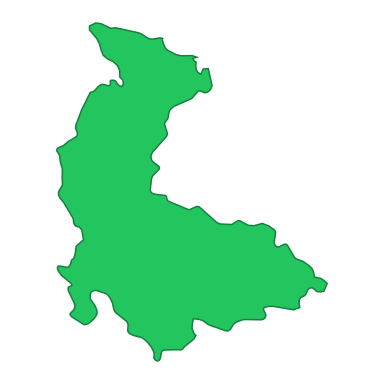 SVG path tracing the border of Olomoucký
{"feature_id": "CZE-10372", "entity_name": "Olomoucký", "entity_type": "Region", "adm_level": 1, "iso_a3": "CZE", "parent_name": "Czechia", "parent_adm1": "", "projection": "robinson", "projection_center": [17.195, 49.847], "detail": "fine", "context": "isolated", "style": "filled", "palette": "green", "viewbox_px": 384, "rotation_deg": 0, "n_neighbors": 0, "source": "natural_earth", "source_scale": "10m", "svg_char_len": 4088}
<svg xmlns="http://www.w3.org/2000/svg" viewBox="0 0 384 384"><path d="M107.3,26.6L110.7,28.3L115.9,27.8L139.3,33.0L141.8,34.2L147.1,37.8L150.0,39.0L153.1,39.0L160.1,37.9L162.7,38.5L162.2,39.3L163.0,42.4L164.4,46.1L165.8,48.6L168.0,50.5L176.0,54.6L181.4,55.8L192.1,55.6L196.8,57.2L192.6,58.5L193.3,59.6L194.1,60.6L195.0,61.4L196.1,62.1L195.8,65.8L196.2,69.4L197.8,72.4L200.8,74.2L203.3,69.0L208.3,68.7L212.0,85.5L211.7,86.8L211.1,88.3L210.1,89.8L208.9,91.1L207.4,92.1L205.8,92.7L204.2,92.7L201.0,91.1L199.7,90.9L198.4,91.3L197.2,92.2L192.0,98.3L173.5,106.6L170.5,109.4L169.4,111.1L168.7,113.1L168.2,117.5L167.6,119.0L165.3,122.0L164.8,123.0L164.6,124.3L167.2,132.7L167.3,134.1L167.0,135.4L166.3,136.6L152.7,152.0L151.8,153.5L151.2,155.1L151.0,156.7L151.1,158.3L151.6,159.9L152.5,161.4L158.9,166.5L159.4,167.3L159.5,168.2L159.1,169.2L152.5,176.2L151.9,177.7L151.4,179.3L150.3,189.9L150.5,191.1L151.1,192.3L152.1,193.2L155.1,194.3L165.0,195.4L166.0,195.9L166.5,196.7L167.1,199.6L167.6,200.6L168.6,201.3L188.1,209.5L189.7,209.6L196.1,206.7L197.7,206.4L199.4,207.0L216.9,222.6L220.3,224.0L231.9,224.5L237.2,221.1L238.4,220.6L239.8,220.7L248.1,225.3L254.0,225.7L262.3,223.4L268.9,226.0L274.2,229.8L275.2,231.1L275.6,232.4L274.3,242.0L274.5,243.9L275.2,245.4L276.5,246.5L278.0,246.9L279.5,246.7L283.7,244.5L285.0,244.1L286.3,244.3L287.6,245.5L294.6,257.6L296.2,258.9L303.4,261.6L309.5,266.0L312.0,268.6L312.8,270.1L313.9,273.4L314.3,277.0L320.8,278.4L323.8,280.3L327.2,283.6L323.8,291.2L320.5,291.9L317.6,291.7L316.3,291.1L314.2,289.0L313.0,288.3L311.8,287.9L310.6,287.9L309.4,288.3L308.3,289.2L307.4,290.5L305.9,294.0L305.1,295.1L304.2,295.9L301.3,297.2L300.5,297.8L299.8,298.8L299.3,300.1L299.1,301.6L299.2,304.4L299.8,307.5L293.6,309.8L273.5,306.4L270.0,306.3L267.4,306.6L264.7,307.5L263.8,308.1L263.4,309.0L263.7,310.1L265.2,313.1L265.8,314.9L265.8,316.2L265.3,317.4L264.6,318.3L263.6,319.1L262.2,319.6L260.6,319.8L244.3,319.5L242.5,319.9L238.5,321.2L235.6,322.6L234.4,323.4L233.4,324.4L232.3,326.1L231.3,328.0L230.1,329.6L228.7,330.6L227.4,331.0L225.0,330.6L215.2,327.0L213.1,326.6L208.3,324.5L202.6,320.5L199.1,319.4L197.7,319.2L193.4,318.8L192.4,323.4L192.1,328.4L193.9,333.4L195.9,335.4L193.9,338.9L193.1,339.7L185.3,346.0L184.0,347.3L182.9,348.7L182.2,349.4L181.1,349.8L180.4,349.9L179.5,349.7L164.5,350.0L162.9,350.4L161.9,351.4L161.3,352.9L160.3,358.3L159.7,359.7L158.7,360.6L157.6,361.0L156.6,360.8L155.7,360.3L154.9,359.6L153.9,358.1L153.7,357.6L153.9,357.1L154.1,355.8L154.2,354.1L153.8,352.0L151.1,346.7L146.8,341.4L142.1,337.7L133.6,335.5L129.7,333.7L128.4,332.3L127.7,330.7L128.1,325.1L127.8,323.6L127.2,322.3L126.5,321.3L115.8,312.7L114.7,311.2L113.9,309.7L112.4,302.9L110.4,298.5L107.6,294.8L105.9,293.6L97.0,290.6L94.8,290.5L92.8,290.9L91.3,291.9L90.5,293.6L90.1,297.1L90.2,298.4L90.6,299.4L94.7,305.1L96.3,308.6L96.9,310.4L97.1,312.3L96.9,314.1L96.2,315.7L93.6,319.2L89.9,322.5L87.8,323.8L85.8,324.5L83.9,324.6L71.4,316.6L70.3,315.1L70.1,313.7L71.1,312.4L72.6,311.2L73.7,309.8L74.4,308.4L74.8,306.9L74.8,305.4L74.5,303.7L68.8,291.7L68.2,289.8L68.1,288.1L68.6,286.9L71.2,285.9L71.8,285.3L71.8,284.5L71.3,283.5L61.5,275.5L58.4,271.2L57.6,269.1L57.4,267.5L58.0,266.3L59.6,265.9L66.9,267.3L68.3,267.0L69.5,265.9L70.6,263.7L71.5,260.2L73.8,258.2L75.2,253.8L75.9,248.0L76.4,245.9L83.5,239.9L81.8,230.0L79.5,227.2L75.8,226.1L74.7,225.0L73.8,223.4L73.2,218.5L63.8,202.7L60.2,198.2L58.9,196.1L58.4,193.6L58.8,191.3L62.5,184.8L62.2,177.8L62.4,170.0L62.2,168.2L60.5,162.7L59.6,156.2L59.2,154.8L58.5,153.4L56.9,151.2L56.8,149.8L57.6,148.2L61.5,146.4L62.3,146.1L63.7,145.4L68.4,141.3L75.4,137.3L76.4,136.5L77.1,135.5L77.4,134.4L77.2,132.5L77.0,131.5L75.5,128.4L75.8,125.4L81.6,109.9L90.3,92.3L92.8,91.8L95.0,90.2L98.8,86.0L101.5,84.5L103.5,84.4L107.7,85.6L109.8,85.5L110.3,84.5L110.3,81.0L110.9,80.3L114.3,80.3L115.6,81.0L116.7,82.8L119.1,85.7L121.9,86.5L123.3,84.1L122.9,80.3L119.9,77.2L119.6,70.3L117.2,65.2L113.1,61.5L107.5,58.9L103.3,55.4L101.1,49.9L99.4,43.8L96.8,38.6L89.5,30.0L89.5,26.0L95.7,23.0L100.9,23.6L107.3,26.6Z" fill="#22c55e" stroke="#15803d" stroke-width="1.5"/></svg>